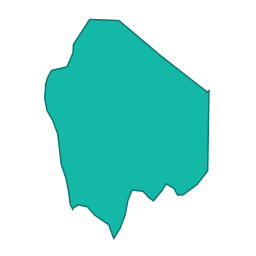 Götene, Västra Götaland, Sweden (Natural Earth projection), rotated 88°
{"feature_id": "70781695B15977475092104", "entity_name": "Götene", "entity_type": "district", "adm_level": 2, "iso_a3": "SWE", "parent_name": "Sweden", "parent_adm1": "Västra Götaland", "projection": "natural_earth1", "projection_center": [13.545, 58.597], "detail": "fine", "context": "isolated", "style": "filled", "palette": "teal", "viewbox_px": 256, "rotation_deg": 88, "n_neighbors": 0, "source": "geoboundaries", "source_scale": "gbopen_adm2", "svg_char_len": 683}
<svg xmlns="http://www.w3.org/2000/svg" viewBox="0 0 256 256"><g transform="rotate(88 128 128)"><path d="M94.2,48.4L57.4,92.3L20.3,133.4L18.2,162.5L42.5,179.6L50.9,180.3L64.7,186.7L67.8,202.4L75.2,206.7L82.9,209.2L83.3,208.8L95.5,210.2L107.7,208.3L117.8,202.9L132.1,198.3L161.9,196.0L175.4,191.9L188.3,189.7L202.5,188.3L207.1,186.2L206.5,186.0L203.1,180.5L205.2,171.4L214.0,164.2L218.7,157.8L224.1,150.5L235.6,146.9L237.8,146.0L228.1,139.5L214.9,133.9L200.0,130.6L190.1,126.1L191.8,115.1L198.4,109.5L201.7,105.1L191.8,96.3L185.1,91.8L190.1,84.1L196.7,80.8L196.7,75.3L186.8,60.9L173.6,49.9L93.5,45.8L95.0,48.3L94.2,48.4Z" fill="#14b8a6" stroke="#0f766e" stroke-width="1.5"/></g></svg>